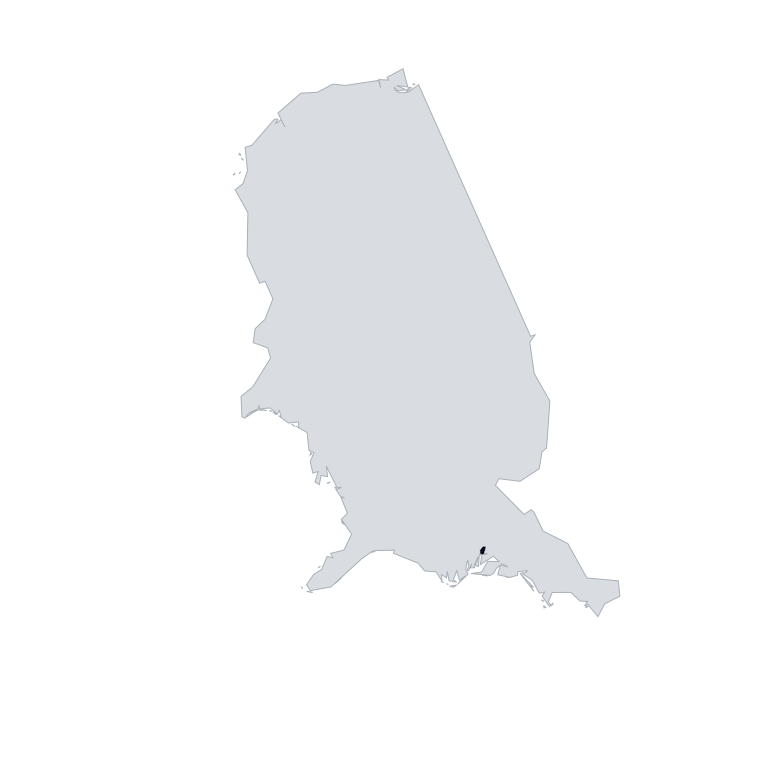 Prince William, Virginia, United States of America shown in context, rotated 66°
{"feature_id": "52423323B11755625114877", "entity_name": "Prince William", "entity_type": "district", "adm_level": 2, "iso_a3": "USA", "parent_name": "United States of America", "parent_adm1": "Virginia", "projection": "robinson", "projection_center": [-77.449, 38.722], "detail": "fine", "context": "in_parent", "style": "filled", "palette": "ink", "viewbox_px": 768, "rotation_deg": 66, "n_neighbors": 0, "source": "geoboundaries", "source_scale": "gbopen_adm2", "svg_char_len": 4731}
<svg xmlns="http://www.w3.org/2000/svg" viewBox="0 0 768 768"><g transform="rotate(66 384 384)"><path d="M604.5,281.0L643.7,277.6L659.1,250.0L673.8,254.8L674.6,271.8L683.5,283.2L668.7,287.3L668.0,290.5L665.5,286.5L661.9,293.3L650.4,298.0L642.9,315.1L649.6,322.4L654.0,321.5L652.8,318.3L654.2,319.8L654.6,323.4L642.0,325.8L639.5,321.9L638.3,327.2L623.7,328.4L612.7,335.2L613.9,331.4L612.8,328.9L609.9,338.1L613.0,339.7L611.9,347.6L604.5,357.7L596.8,351.4L601.5,345.1L596.1,349.5L598.2,356.5L601.4,360.6L602.0,365.1L592.6,381.5L595.5,371.2L588.2,361.4L593.1,351.1L585.8,354.2L588.2,369.5L581.2,364.8L578.8,365.3L581.0,360.6L580.9,359.1L578.5,362.9L578.4,366.1L589.1,372.0L586.7,374.7L581.9,369.4L580.1,368.4L586.0,374.8L588.6,376.1L587.1,379.9L583.8,376.9L588.9,382.8L587.7,383.6L585.2,380.6L578.6,379.2L586.7,384.8L591.9,384.6L597.0,398.6L592.5,387.8L593.9,394.9L584.1,393.4L591.1,400.3L594.6,398.3L590.2,404.6L580.9,402.4L586.5,405.7L581.6,408.9L587.4,411.2L576.9,412.7L571.3,422.9L561.5,425.7L542.5,444.2L540.1,442.1L532.8,459.2L532.1,463.4L534.9,476.4L547.8,515.0L542.8,535.3L535.9,536.5L529.3,525.6L528.1,516.5L518.4,506.0L521.9,501.3L517.1,501.6L519.4,488.1L508.1,474.7L490.2,477.9L487.3,470.0L469.8,469.4L472.2,466.4L469.0,469.4L461.0,470.8L461.1,464.8L459.6,469.0L435.6,470.2L445.7,473.2L442.0,478.7L449.6,484.0L445.5,486.9L437.2,479.7L436.4,485.3L424.7,482.9L418.3,475.9L414.1,479.5L397.0,474.0L386.6,481.7L389.3,479.6L383.9,477.6L380.8,487.1L370.0,493.3L372.5,491.4L365.6,490.4L367.9,493.7L359.6,497.7L356.0,508.2L352.5,506.6L355.5,509.4L355.6,519.1L358.6,525.0L356.1,527.1L337.1,519.6L333.4,505.4L314.3,477.1L303.8,475.5L293.1,486.6L281.1,479.3L276.4,466.2L261.0,450.9L241.8,450.8L241.3,456.6L210.4,456.6L172.3,438.7L146.0,441.0L143.5,431.2L133.5,421.9L111.3,414.6L112.2,407.6L97.6,376.5L98.8,373.2L102.1,377.3L100.6,370.5L109.1,369.9L93.3,370.7L84.5,341.6L90.4,326.2L89.2,308.9L95.6,297.7L104.4,265.6L112.0,266.5L103.8,264.9L108.2,256.3L105.1,256.4L103.7,238.4L122.3,241.5L116.5,251.0L124.2,244.2L121.9,252.1L116.9,254.1L120.1,254.4L124.4,251.1L127.3,243.1L124.7,230.7L400.0,230.7L400.5,226.0L405.1,233.9L435.5,242.5L467.1,239.4L508.7,261.6L510.2,267.3L524.5,276.6L528.2,299.3L517.3,317.5L521.9,323.5L560.1,309.1L558.7,300.6L562.1,299.1L583.0,298.5L604.5,281.0ZM628.1,332.3L634.4,331.3L612.3,336.7L630.5,330.1L628.1,332.3ZM124.6,238.4L126.0,243.4L125.7,244.2L123.0,240.4L124.6,238.4ZM358.3,523.3L356.1,514.8L356.5,509.9L356.7,515.0L358.3,523.3ZM670.3,288.0L670.3,290.6L669.2,290.0L670.3,288.0ZM418.4,478.4L418.8,480.4L416.9,478.8L418.4,478.4ZM119.3,422.5L122.0,421.4L122.2,421.7L119.3,422.5ZM116.6,421.8L115.4,423.2L114.6,421.9L116.6,421.8ZM647.7,326.2L646.0,327.9L645.6,327.5L647.7,326.2ZM358.2,505.5L356.6,509.3L360.5,501.9L358.2,505.5ZM544.0,502.2L546.5,509.8L543.6,501.5L544.0,502.2ZM132.1,428.9L133.0,430.9L131.9,429.0L132.1,428.9ZM544.0,536.5L541.7,538.9L545.4,533.8L544.0,536.5ZM597.8,403.4L595.4,406.3L597.3,399.3L597.8,403.4ZM122.8,234.3L122.5,235.7L121.6,235.0L122.8,234.3ZM367.9,495.2L364.1,497.0L368.0,494.6L367.9,495.2ZM653.8,327.0L653.7,328.9L651.8,328.4L653.8,327.0ZM131.3,434.6L131.9,437.1L130.9,434.9L131.3,434.6ZM363.1,498.4L361.5,499.4L362.9,497.9L363.1,498.4ZM601.0,368.3L598.5,372.2L601.4,366.7L601.0,368.3ZM385.4,483.4L382.9,484.9L386.5,482.3L385.4,483.4ZM533.2,461.2L532.7,464.3L532.4,462.2L533.2,461.2ZM588.2,411.7L587.4,412.3L589.8,410.0L588.2,411.7ZM496.6,477.2L493.6,478.8L492.5,478.5L496.6,477.2ZM459.9,470.2L459.3,470.8L457.6,470.6L459.9,470.2ZM524.9,516.8L525.2,519.0L524.4,516.3L524.9,516.8ZM452.0,474.6L451.5,476.6L451.5,473.0L452.0,474.6ZM537.2,541.8L535.5,542.0L537.8,541.4L537.2,541.8ZM611.4,348.9L610.2,350.9L611.7,348.1L611.4,348.9ZM593.5,406.9L592.5,407.7L592.2,407.6L593.5,406.9Z" fill="#d9dde1" stroke="#a8b0b8" stroke-width="1"/><path d="M575.6,363.4L576.1,363.0L576.3,363.1L576.5,363.1L576.7,363.3L576.8,363.3L577.0,363.5L577.3,363.9L577.7,364.0L578.0,364.1L578.2,363.9L578.3,363.8L578.3,363.6L578.5,363.3L578.4,363.1L578.6,363.0L578.7,362.6L578.6,362.4L578.9,362.4L578.7,362.0L578.6,361.9L578.5,361.7L578.3,361.6L578.1,361.5L577.8,361.6L577.8,361.4L577.4,361.3L577.2,361.3L577.1,360.9L576.9,360.9L576.9,360.6L576.7,360.5L576.6,360.2L576.5,360.3L576.3,360.3L576.2,360.3L576.1,360.2L575.9,360.1L575.8,359.9L575.6,359.8L575.6,359.7L575.4,359.7L575.4,359.2L575.0,359.0L574.7,358.6L574.3,358.4L574.2,358.8L574.1,359.1L573.9,359.2L573.8,359.7L573.7,359.7L573.7,360.0L574.1,360.6L574.2,360.8L574.6,361.6L575.1,362.5L575.6,363.4L575.6,363.4ZM576.4,360.6L576.5,360.8L576.5,361.1L576.4,361.1L576.0,361.2L575.9,361.1L575.9,361.3L575.9,361.5L575.7,361.3L575.7,361.1L576.0,360.7L576.2,360.4L576.5,360.7L576.7,360.9L576.4,360.6Z" fill="#0f172a" stroke="#020617" stroke-width="1.5"/></g></svg>